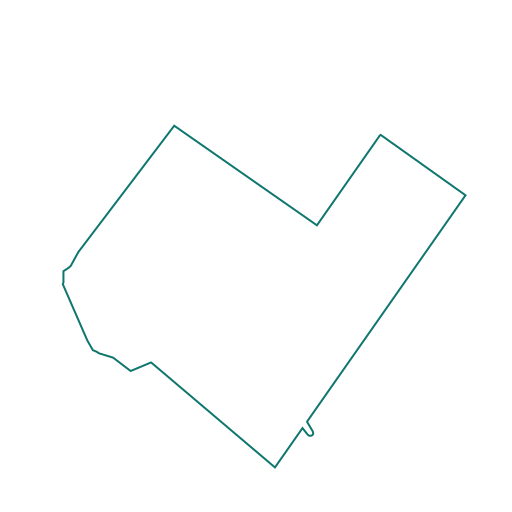 the State of Northern, rotated 125°
{"feature_id": "SDN-878", "entity_name": "Northern", "entity_type": "State", "adm_level": 1, "iso_a3": "SDN", "parent_name": "Sudan", "parent_adm1": "", "projection": "natural_earth1", "projection_center": [29.004, 19.383], "detail": "fine", "context": "isolated", "style": "outline", "palette": "teal", "viewbox_px": 512, "rotation_deg": 125, "n_neighbors": 0, "source": "natural_earth", "source_scale": "10m", "svg_char_len": 1716}
<svg xmlns="http://www.w3.org/2000/svg" viewBox="0 0 512 512"><g transform="rotate(125 256 256)"><path d="M370.3,119.2L373.0,119.2L374.1,119.2L378.7,119.2L383.2,119.2L387.7,119.2L392.2,119.2L396.7,119.2L401.2,119.2L405.7,119.2L410.2,119.2L414.7,119.2L418.3,119.2L403.4,280.4L403.4,280.7L403.5,281.0L421.9,292.6L422.1,292.8L422.1,293.1L421.2,314.7L421.3,315.0L425.8,328.9L425.8,331.4L426.7,335.6L421.9,345.8L389.9,398.1L388.2,398.5L378.9,405.0L372.5,402.5L370.2,402.1L354.8,403.8L196.2,397.7L195.9,223.7L86.2,223.7L85.3,223.3L85.3,217.5L85.4,212.5L85.4,207.5L85.4,202.5L85.5,197.5L85.5,191.0L85.6,184.5L85.6,177.9L85.7,171.4L85.7,164.9L85.8,158.4L85.8,151.8L85.9,145.3L85.9,138.8L86.0,132.2L86.0,125.7L86.1,119.2L90.3,119.2L94.6,119.2L98.9,119.2L103.2,119.2L107.5,119.2L111.8,119.2L116.1,119.2L120.3,119.2L124.6,119.2L128.9,119.2L133.2,119.2L137.5,119.2L141.8,119.2L146.1,119.2L150.4,119.2L154.6,119.2L158.9,119.2L163.2,119.2L167.5,119.2L171.8,119.2L176.1,119.2L180.4,119.2L184.7,119.2L188.9,119.2L193.2,119.2L197.5,119.2L201.8,119.2L206.1,119.2L210.4,119.2L214.7,119.2L218.9,119.2L223.2,119.2L227.5,119.2L231.8,119.2L236.1,119.2L240.4,119.2L244.7,119.2L249.0,119.2L253.2,119.2L257.5,119.2L261.8,119.2L266.1,119.2L270.4,119.2L274.7,119.2L279.0,119.2L283.3,119.2L287.5,119.2L291.8,119.2L296.1,119.2L300.4,119.2L304.7,119.2L309.0,119.2L313.3,119.2L317.5,119.2L321.8,119.2L326.1,119.2L330.4,119.2L334.7,119.2L339.0,119.2L343.3,119.2L347.6,119.2L351.8,119.2L356.1,119.2L360.4,119.2L362.1,119.2L362.7,118.8L364.8,113.9L365.0,113.6L367.0,109.1L368.1,107.7L368.9,107.2L369.8,107.0L370.6,107.2L371.4,107.6L372.4,108.7L372.8,109.8L372.7,111.1L371.7,114.5L370.3,119.2Z" fill="none" stroke="#0f766e" stroke-width="2"/></g></svg>